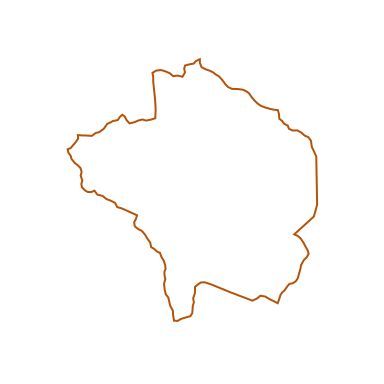 outline of Banzaê, Bahia, Brazil, rotated 292°
{"feature_id": "56859067B70491909190036", "entity_name": "Banzaê", "entity_type": "district", "adm_level": 2, "iso_a3": "BRA", "parent_name": "Brazil", "parent_adm1": "Bahia", "projection": "orthographic", "projection_center": [-38.659, -10.603], "detail": "fine", "context": "isolated", "style": "outline", "palette": "amber", "viewbox_px": 384, "rotation_deg": 292, "n_neighbors": 0, "source": "geoboundaries", "source_scale": "gbopen_adm2", "svg_char_len": 2346}
<svg xmlns="http://www.w3.org/2000/svg" viewBox="0 0 384 384"><g transform="rotate(292 192 192)"><path d="M202.0,64.9L199.0,66.4L195.4,65.7L191.4,64.4L187.3,63.0L185.0,60.7L182.1,62.7L180.1,66.0L177.5,67.9L175.0,72.5L173.9,76.3L172.6,79.4L169.4,82.1L165.4,82.7L161.6,86.0L158.0,86.4L155.2,88.1L153.4,92.1L153.0,95.3L154.1,98.5L156.7,101.0L154.1,105.2L154.9,110.6L153.4,115.3L153.5,119.8L153.1,124.7L150.0,128.4L150.5,133.3L149.8,149.8L145.8,150.1L142.3,149.7L138.7,151.8L137.5,156.0L137.1,160.2L134.8,164.5L131.7,168.6L129.6,172.1L125.6,174.8L125.0,178.3L123.7,181.8L123.5,185.2L120.5,187.8L117.6,191.7L114.0,194.6L110.9,196.3L107.6,196.3L104.7,197.6L101.4,199.8L96.3,200.5L91.2,203.3L87.3,206.0L85.4,209.4L82.1,211.8L78.3,214.4L74.8,218.7L70.8,220.6L66.0,223.5L67.1,227.0L70.1,229.2L73.4,233.3L76.2,237.0L79.8,237.6L83.1,236.6L86.6,235.4L90.4,235.1L93.8,232.9L99.1,232.6L102.2,231.6L105.1,230.3L108.5,232.1L111.4,234.1L113.0,237.4L113.5,244.0L113.4,264.8L113.9,288.8L117.9,292.4L121.4,294.2L122.5,299.1L121.7,303.9L121.4,308.9L121.0,313.1L125.0,313.0L129.4,312.6L132.3,313.1L135.6,314.7L140.2,315.7L143.2,316.7L145.3,319.7L148.0,321.6L151.5,322.4L157.1,321.8L161.5,321.3L165.2,320.5L170.7,321.2L174.4,322.8L178.4,323.3L181.4,320.9L184.0,317.6L186.9,314.2L189.9,309.7L190.9,306.4L191.1,302.7L214.9,314.2L223.7,313.2L227.3,312.7L271.5,293.9L274.6,290.6L278.8,286.1L284.1,283.1L286.4,279.3L286.5,275.3L288.1,270.9L288.6,266.6L286.7,262.3L286.9,258.2L289.5,255.9L289.7,252.1L291.7,248.8L292.6,245.5L296.7,243.5L300.1,240.9L299.2,237.9L298.4,234.0L297.8,228.3L297.7,223.8L298.7,219.3L300.3,215.5L302.4,211.6L304.9,207.8L305.7,204.8L305.9,200.8L304.6,195.8L302.6,190.5L302.8,186.3L304.2,183.0L306.2,179.8L307.7,177.0L309.3,173.8L309.9,170.0L310.8,166.8L311.1,162.5L310.9,159.0L311.3,154.1L314.6,151.0L318.0,149.5L314.8,146.5L311.8,145.6L309.4,141.8L306.7,138.2L303.6,138.5L300.2,140.7L295.3,140.0L294.6,135.2L292.3,131.0L293.8,127.0L293.9,122.1L293.5,117.7L291.2,113.4L287.7,110.7L284.2,112.9L279.8,114.7L263.2,123.5L257.5,126.2L253.8,127.8L246.6,130.3L243.8,126.9L241.0,122.7L240.7,119.0L238.4,115.7L235.0,112.3L232.2,108.3L234.3,104.2L236.8,101.4L237.5,98.4L234.5,97.0L230.8,96.2L228.3,92.2L225.8,90.2L223.5,87.9L217.5,86.5L212.8,83.6L210.5,80.5L206.5,78.1L204.8,72.9L203.2,68.7L202.0,64.9Z" fill="none" stroke="#b45309" stroke-width="2"/></g></svg>